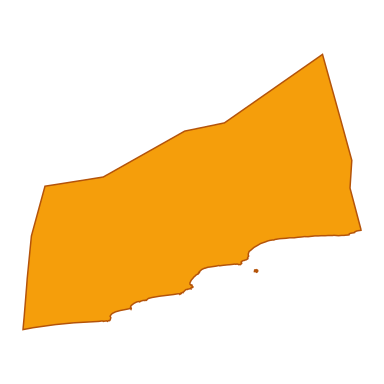 Santiago Astata, Oaxaca, Mexico (Mercator projection)
{"feature_id": "50627088B52540056379408", "entity_name": "Santiago Astata", "entity_type": "district", "adm_level": 2, "iso_a3": "MEX", "parent_name": "Mexico", "parent_adm1": "Oaxaca", "projection": "mercator", "projection_center": [-95.599, 15.985], "detail": "fine", "context": "isolated", "style": "filled", "palette": "amber", "viewbox_px": 384, "rotation_deg": 0, "n_neighbors": 0, "source": "geoboundaries", "source_scale": "gbopen_adm2", "svg_char_len": 3319}
<svg xmlns="http://www.w3.org/2000/svg" viewBox="0 0 384 384"><path d="M23.0,329.6L33.1,327.7L55.3,324.6L73.9,322.8L90.0,321.9L95.4,321.6L98.9,321.4L101.5,321.0L102.3,321.0L103.1,321.1L103.3,321.4L103.7,321.2L104.5,321.2L105.6,321.0L106.4,320.8L106.9,321.1L107.5,321.4L108.4,320.6L109.5,320.7L109.9,320.4L110.5,318.9L110.8,317.6L110.1,316.2L110.9,314.9L112.2,313.5L115.6,311.8L120.3,310.5L127.0,309.2L129.7,308.6L130.6,308.7L131.0,309.3L131.3,308.7L131.1,307.8L130.5,307.3L131.1,305.6L133.9,303.4L136.8,301.9L139.0,301.5L139.6,301.9L140.9,301.1L142.5,300.6L144.4,300.3L144.9,300.6L146.0,300.0L146.5,300.3L147.4,299.2L148.5,298.4L152.0,297.5L159.6,296.2L173.6,294.5L177.7,293.8L177.8,293.8L179.4,293.8L179.8,294.4L180.2,294.1L180.0,293.7L180.6,293.3L181.0,293.7L181.3,293.5L181.2,293.1L182.5,292.4L183.0,292.6L183.1,292.2L183.6,291.9L185.1,290.3L185.7,289.7L186.3,289.5L187.3,289.5L187.5,289.2L188.0,289.2L188.6,289.0L190.1,288.7L190.3,288.5L190.5,288.7L191.0,288.9L191.0,288.6L191.0,288.0L191.3,287.7L192.0,287.6L192.4,287.6L192.8,287.4L192.9,287.1L192.9,286.7L192.3,286.2L192.0,285.7L192.0,285.3L191.8,285.3L191.7,285.1L191.3,285.5L190.6,284.7L190.4,284.7L189.9,284.0L190.0,282.5L190.5,281.8L190.8,281.0L191.3,280.1L192.9,278.3L194.0,276.9L194.7,276.4L196.1,275.0L197.4,274.2L197.5,274.3L197.9,274.2L198.1,274.0L198.8,273.2L198.6,272.8L199.2,272.2L199.5,272.3L199.6,272.0L199.4,271.6L200.4,270.8L201.6,269.6L204.5,268.2L204.7,268.3L206.1,267.9L206.6,267.6L207.7,267.4L207.9,267.2L209.2,267.1L210.8,266.9L216.2,266.1L218.9,265.5L219.6,265.8L223.2,265.3L227.1,264.9L228.0,264.8L229.8,264.7L231.6,264.5L234.7,264.1L235.9,264.3L237.0,264.0L238.1,264.3L238.8,264.7L239.9,264.5L240.5,264.6L240.9,264.1L241.5,263.6L241.3,263.4L241.4,263.0L241.6,263.0L241.6,262.8L241.3,262.6L241.1,262.1L241.5,261.5L243.1,260.6L244.5,260.4L245.3,259.9L246.0,259.9L247.0,259.3L247.9,258.7L247.6,257.9L247.9,257.2L248.7,256.0L248.3,255.4L248.3,253.8L249.1,251.5L250.9,250.1L254.0,247.4L257.7,245.3L260.5,243.6L263.6,242.5L265.7,241.8L267.6,241.0L269.9,240.4L272.5,240.0L273.9,240.0L274.8,239.5L279.7,238.7L285.8,238.3L289.6,237.8L294.1,237.8L296.3,237.5L297.7,237.3L301.3,237.0L304.3,236.6L308.1,236.7L315.1,235.9L318.4,235.9L321.3,235.7L325.4,235.7L328.1,235.5L332.6,235.5L333.9,235.3L338.5,235.7L341.6,235.4L344.2,235.4L345.3,235.2L346.9,235.1L348.1,235.0L349.1,234.8L349.3,233.8L350.0,233.5L351.9,233.0L353.1,232.9L354.0,232.6L354.5,232.6L354.6,232.1L356.4,231.1L358.2,230.7L358.9,230.6L361.0,230.3L360.8,228.9L350.0,188.1L351.8,160.4L340.8,120.3L322.5,54.4L224.4,122.9L184.7,131.1L106.1,175.4L103.3,177.0L79.4,180.8L61.1,183.7L45.0,186.2L31.4,236.0L27.2,278.7L26.9,282.9L25.3,302.9L24.1,317.6L23.2,327.2L23.0,329.6ZM254.6,270.1L254.6,270.3L254.6,270.6L254.7,270.8L254.8,271.0L254.7,271.1L254.4,271.3L254.4,271.6L254.6,271.6L254.8,271.6L255.1,271.7L255.4,271.6L255.5,271.4L255.7,271.1L256.0,271.0L256.3,270.9L256.5,271.0L256.5,271.3L256.3,271.6L256.3,271.8L256.3,272.0L256.6,272.3L256.8,272.2L257.0,272.1L257.2,271.9L257.3,271.7L257.6,271.4L257.7,271.2L257.5,270.8L257.6,270.6L257.7,270.4L257.5,270.1L257.3,270.0L257.1,270.1L256.9,270.2L256.8,270.3L256.7,270.3L256.3,270.6L256.1,270.5L256.1,270.3L256.1,270.0L256.1,269.8L255.8,269.9L255.6,269.9L255.2,269.9L254.8,269.9L254.6,270.1Z" fill="#f59e0b" stroke="#b45309" stroke-width="1.5"/></svg>